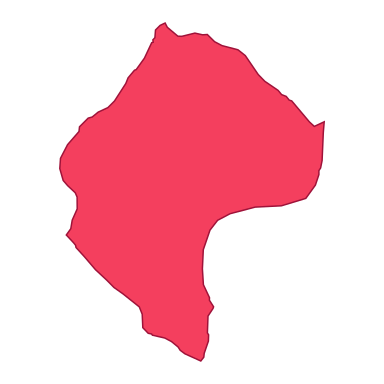 San Andrés Itzapa, Chimaltenango, Guatemala (orthographic projection)
{"feature_id": "79465075B72665543071269", "entity_name": "San Andrés Itzapa", "entity_type": "district", "adm_level": 2, "iso_a3": "GTM", "parent_name": "Guatemala", "parent_adm1": "Chimaltenango", "projection": "orthographic", "projection_center": [-90.866, 14.602], "detail": "fine", "context": "isolated", "style": "filled", "palette": "rose", "viewbox_px": 384, "rotation_deg": 0, "n_neighbors": 0, "source": "geoboundaries", "source_scale": "gbopen_adm2", "svg_char_len": 1236}
<svg xmlns="http://www.w3.org/2000/svg" viewBox="0 0 384 384"><path d="M200.8,361.0L203.8,357.2L204.2,353.4L208.4,341.1L208.6,334.8L207.4,332.9L208.0,316.1L213.0,308.5L213.6,306.8L209.4,300.2L209.5,297.7L203.4,284.7L202.4,268.8L203.3,249.7L210.0,230.1L217.6,220.3L230.1,213.7L255.2,207.1L281.4,205.8L305.8,198.4L315.4,185.1L318.9,174.6L318.9,170.6L320.6,168.0L322.1,160.6L323.3,132.7L324.2,121.8L314.3,126.4L309.4,121.9L291.7,100.9L289.2,100.1L286.2,96.4L281.6,94.6L278.1,90.4L264.8,81.3L258.2,74.5L245.3,55.6L238.0,49.8L222.0,45.6L214.6,41.7L207.3,34.5L202.6,34.8L194.9,33.1L181.9,36.3L177.9,36.2L167.3,27.3L165.1,23.0L160.1,25.4L155.5,30.0L154.9,37.7L152.9,39.8L153.2,42.2L151.7,42.7L144.4,58.2L136.2,69.6L134.5,70.2L128.1,77.8L125.8,83.5L114.5,101.0L107.9,107.6L98.2,112.1L92.2,117.0L88.2,118.1L79.5,126.8L79.0,131.5L67.6,144.6L60.5,158.3L59.8,168.6L63.2,180.5L67.7,185.7L75.2,192.7L77.1,197.0L77.2,208.9L72.2,220.2L70.8,228.7L66.3,235.0L73.6,242.8L75.6,245.3L76.0,247.5L84.4,256.7L95.5,269.7L106.8,280.2L114.0,287.5L122.9,293.8L139.3,306.9L142.2,314.2L142.8,327.7L148.2,333.3L151.6,334.0L152.4,335.2L164.7,338.0L171.4,341.5L178.1,347.0L180.2,350.3L184.9,353.8L200.8,361.0Z" fill="#f43f5e" stroke="#9f1239" stroke-width="1.5"/></svg>